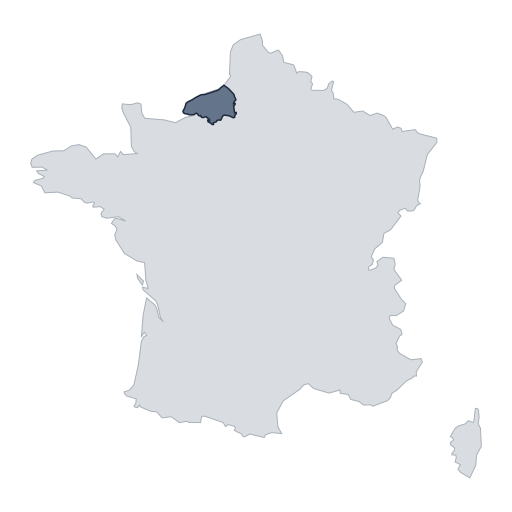 Seine-Maritime highlighted on a map of France
{"feature_id": "FRA-5343", "entity_name": "Seine-Maritime", "entity_type": "Metropolitan department", "adm_level": 1, "iso_a3": "FRA", "parent_name": "France", "parent_adm1": "", "projection": "mercator", "projection_center": [1.134, 49.661], "detail": "fine", "context": "in_parent", "style": "filled", "palette": "slate", "viewbox_px": 512, "rotation_deg": 0, "n_neighbors": 0, "source": "natural_earth", "source_scale": "10m", "svg_char_len": 5222}
<svg xmlns="http://www.w3.org/2000/svg" viewBox="0 0 512 512"><path d="M420.4,203.6L416.6,205.7L414.2,210.0L411.8,211.0L407.4,211.0L405.3,208.3L400.0,210.1L397.9,212.8L401.0,216.1L390.5,229.8L383.9,233.4L382.4,242.3L374.6,249.0L371.6,255.9L371.4,257.3L373.4,259.6L372.5,264.1L368.6,267.0L368.6,269.9L369.7,270.3L375.8,268.0L378.1,265.3L376.9,261.7L383.0,257.2L393.9,258.3L395.2,264.3L393.8,269.3L401.7,280.2L394.8,285.2L394.4,288.5L401.4,299.3L405.8,303.8L403.5,311.0L396.0,315.7L391.3,315.3L389.3,316.5L389.5,318.7L392.7,325.2L400.8,329.4L402.0,334.3L399.7,336.0L396.0,343.4L397.6,347.0L397.0,348.6L397.8,351.1L400.0,353.6L411.0,359.8L421.0,358.6L422.3,362.2L416.2,371.7L416.5,376.0L413.4,376.1L412.9,377.6L406.7,380.7L396.7,390.3L392.1,393.1L390.2,398.0L387.5,400.7L373.2,406.1L370.5,404.9L363.5,405.0L359.2,401.6L350.8,399.4L348.1,394.4L340.3,393.4L339.9,390.0L329.0,393.1L313.6,388.5L308.2,383.6L303.7,384.9L299.8,389.3L283.2,400.9L276.7,412.9L277.9,426.8L281.7,433.6L271.7,432.6L265.7,434.6L264.1,437.5L249.9,434.0L244.6,436.9L243.2,436.7L241.3,433.8L234.3,430.5L235.4,428.3L234.5,426.2L227.9,424.6L225.6,426.6L223.1,422.5L204.7,416.2L201.7,416.3L200.5,422.6L188.7,422.4L187.0,421.3L179.3,422.6L171.2,416.7L162.2,417.9L156.6,411.8L151.2,411.4L143.6,408.3L140.2,406.7L139.7,404.9L137.5,407.6L134.7,407.0L134.0,406.2L135.9,402.8L136.2,398.9L126.7,396.0L124.2,393.2L124.2,391.7L129.3,390.3L133.9,384.9L138.3,365.0L141.4,341.2L143.8,336.7L146.7,335.5L144.3,332.2L141.4,336.5L143.2,314.5L146.6,297.9L154.6,304.7L156.5,307.7L158.9,317.5L163.4,321.7L160.5,317.7L157.6,304.5L155.7,300.8L143.0,289.7L142.5,287.2L148.2,288.5L145.9,280.2L144.6,262.6L136.8,260.9L124.4,253.4L115.8,239.8L114.8,234.7L117.1,229.3L115.1,225.9L111.5,223.5L114.3,218.9L116.8,218.4L125.8,221.1L118.5,216.7L106.6,218.2L101.8,216.6L101.0,213.4L104.2,209.2L100.2,206.6L93.4,207.2L92.6,206.1L94.6,203.1L92.9,202.0L87.3,203.2L84.2,202.2L81.2,198.8L72.2,198.0L70.2,196.1L57.8,192.1L44.9,192.8L41.3,185.9L33.4,182.6L34.9,180.4L42.8,178.4L44.4,176.5L38.6,173.6L36.6,170.8L47.1,170.1L42.3,167.1L32.1,167.3L30.7,163.2L32.0,158.9L38.0,155.1L52.9,151.0L63.7,150.8L71.4,145.9L78.9,144.6L86.1,147.0L95.9,159.1L103.6,153.8L115.2,153.9L117.6,156.9L120.6,151.4L123.2,154.6L137.3,153.6L134.0,151.4L131.4,146.3L130.8,127.2L123.6,113.3L121.8,108.2L122.2,103.9L130.6,104.7L137.6,102.8L141.0,104.1L141.8,113.1L144.8,118.3L164.2,119.9L175.5,122.7L184.9,117.6L193.8,115.3L194.5,114.1L189.4,114.6L184.7,112.4L184.1,110.1L186.5,103.0L200.0,95.2L219.8,88.6L224.9,84.1L230.8,76.1L229.5,74.0L230.4,52.0L233.3,44.7L240.8,39.5L260.1,34.1L262.5,41.2L262.4,45.2L267.5,51.4L270.0,53.4L278.4,50.0L282.5,55.8L283.7,62.3L293.8,65.0L296.8,73.4L298.6,71.6L305.0,72.0L307.9,72.7L312.0,76.4L310.8,81.4L312.6,83.9L310.9,88.5L312.1,90.4L323.7,90.4L327.2,88.4L328.8,83.7L332.3,81.0L333.6,81.8L331.4,90.5L333.0,92.7L333.9,98.8L338.2,99.3L346.8,104.2L354.0,112.3L362.9,111.0L369.9,115.5L377.1,113.1L383.9,115.6L386.3,117.9L392.7,129.2L397.6,127.0L401.0,128.3L402.1,131.5L415.2,129.6L417.5,132.8L420.2,134.0L436.7,138.2L436.9,142.4L427.4,154.4L423.2,171.3L420.4,177.1L419.4,181.4L420.1,184.3L419.7,188.9L417.7,199.8L418.8,202.9L420.4,203.6ZM479.1,417.6L478.2,423.9L480.5,428.4L481.3,446.4L476.6,455.1L475.7,465.5L469.8,477.9L460.6,472.4L457.9,469.3L460.4,464.6L455.1,462.0L456.3,457.4L455.8,455.1L452.0,454.9L451.8,453.7L454.6,450.1L454.5,447.9L451.0,445.1L450.3,442.7L453.7,439.9L452.2,437.4L450.3,436.7L454.9,428.6L458.1,426.1L465.3,423.8L468.3,420.7L473.0,422.4L473.8,421.6L475.4,408.5L477.0,408.3L478.5,410.1L479.1,417.6ZM143.5,281.1L142.4,285.1L137.6,278.3L136.9,274.5L143.5,281.1Z" fill="#d9dde1" stroke="#a8b0b8" stroke-width="1"/><path d="M196.2,113.2L193.9,114.6L191.3,114.9L188.7,114.6L186.5,113.8L185.8,113.8L185.3,113.8L184.6,113.5L183.9,113.2L183.7,112.7L183.6,112.4L183.1,112.1L183.0,111.7L183.0,111.1L183.1,110.8L184.8,107.8L186.0,103.5L186.5,103.0L188.1,101.7L188.4,101.7L188.7,101.4L192.8,99.5L193.2,99.0L197.1,96.7L198.2,96.3L199.4,95.5L201.9,94.6L204.6,94.6L217.5,90.4L218.3,89.8L219.1,89.5L220.3,88.1L223.9,85.3L228.4,88.5L233.5,93.9L234.0,94.6L234.5,96.6L234.8,97.3L235.4,98.4L235.7,99.1L235.8,99.4L235.9,99.9L235.6,100.2L235.0,100.6L234.8,100.9L233.7,102.7L233.5,103.3L233.5,103.7L233.8,103.7L234.1,103.6L234.5,103.5L234.8,103.4L235.1,103.4L235.2,103.8L235.1,104.3L234.8,104.9L234.4,105.2L233.8,105.5L233.5,105.8L233.6,106.1L233.8,106.3L233.9,106.7L233.9,107.6L234.0,109.1L234.2,109.6L234.3,110.2L234.4,111.8L234.5,112.4L234.8,112.7L235.0,112.7L235.5,112.5L235.8,112.4L236.1,112.4L236.3,112.9L236.3,113.3L236.1,113.9L235.8,114.2L235.6,114.2L235.5,114.3L235.4,114.3L235.3,114.6L235.1,115.2L234.8,116.0L234.7,116.5L234.7,117.2L233.4,117.8L229.1,115.8L224.5,115.1L223.1,115.7L222.3,116.8L220.9,119.9L220.5,120.2L218.2,120.0L217.5,120.3L216.9,120.8L216.4,121.6L216.1,121.9L214.1,122.5L213.6,122.9L213.3,123.6L213.5,124.4L212.8,124.6L212.2,124.5L211.7,124.1L211.1,123.5L210.2,122.8L209.1,122.4L208.1,121.8L207.7,120.3L209.6,120.7L209.6,119.6L209.2,119.1L207.9,118.4L206.4,116.9L206.0,116.7L203.0,117.6L201.5,117.3L200.6,115.5L200.0,115.8L199.3,115.8L198.7,115.6L197.6,114.1L197.0,113.5L196.6,113.2L196.4,113.2L196.2,113.2Z" fill="#64748b" stroke="#1e293b" stroke-width="1.5"/></svg>